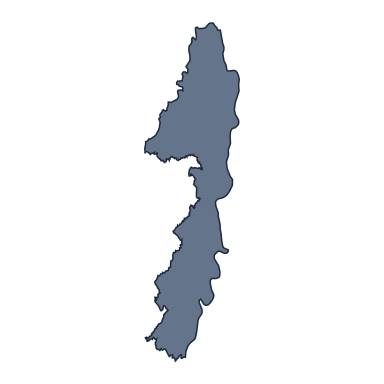 outline of La Dorada, Caldas, Colombia
{"feature_id": "7082276B85380105057389", "entity_name": "La Dorada", "entity_type": "district", "adm_level": 2, "iso_a3": "COL", "parent_name": "Colombia", "parent_adm1": "Caldas", "projection": "equal_earth", "projection_center": [-74.751, 5.53], "detail": "fine", "context": "isolated", "style": "filled", "palette": "slate", "viewbox_px": 384, "rotation_deg": 0, "n_neighbors": 0, "source": "geoboundaries", "source_scale": "gbopen_adm2", "svg_char_len": 6058}
<svg xmlns="http://www.w3.org/2000/svg" viewBox="0 0 384 384"><path d="M183.0,76.1L182.1,80.8L177.5,81.2L176.6,82.7L176.8,84.4L178.4,84.7L179.2,86.1L182.5,87.1L183.0,88.5L182.5,89.9L182.7,90.8L181.0,89.9L179.3,90.3L178.6,90.1L177.9,90.6L177.6,91.3L177.7,92.7L178.6,95.9L178.3,97.4L177.8,98.4L176.9,99.4L170.9,102.5L169.2,102.0L168.2,102.2L168.2,105.1L166.8,108.9L166.8,110.4L165.7,111.0L165.6,110.7L164.5,110.7L163.5,109.7L162.4,110.3L162.0,111.9L159.9,114.5L160.2,117.8L158.8,118.7L160.1,122.3L159.4,127.5L158.4,130.3L156.1,134.6L155.3,135.6L150.6,138.9L148.9,138.9L147.5,141.0L145.6,141.7L145.6,144.4L144.9,147.8L145.1,148.5L144.7,149.2L145.1,151.4L144.8,153.3L145.7,151.8L146.4,151.7L148.1,152.1L149.0,153.1L149.4,153.0L150.2,154.5L151.7,153.3L153.6,153.3L154.2,152.7L154.0,153.6L154.3,154.2L156.4,154.0L156.7,152.9L157.2,153.0L157.1,156.2L158.3,157.7L159.8,159.2L160.5,159.3L161.2,160.9L163.0,160.4L163.4,160.7L163.5,161.6L164.6,162.5L166.3,161.3L166.4,159.9L166.8,159.7L166.4,159.1L166.6,158.8L168.2,159.6L168.7,159.4L169.2,160.3L169.3,158.7L170.0,158.9L170.1,158.0L171.8,156.4L172.6,157.3L173.5,157.4L174.4,158.5L174.9,158.0L176.3,158.1L176.1,158.8L176.8,159.8L178.4,160.5L179.2,159.3L180.2,159.5L180.7,159.1L180.9,158.0L182.5,158.2L184.0,157.2L184.8,157.9L186.0,156.1L186.7,156.9L186.7,156.1L187.5,156.4L188.1,155.4L189.0,155.3L189.4,154.9L190.1,155.0L190.4,155.5L191.0,154.6L192.8,155.5L193.5,154.7L193.8,155.8L197.5,157.5L196.9,160.0L197.4,160.4L198.1,162.3L198.9,161.8L199.6,162.3L199.2,163.0L199.6,163.0L199.7,163.9L201.1,164.9L200.7,166.3L201.3,167.5L201.7,168.1L202.3,168.1L202.0,169.7L200.7,169.2L199.9,168.1L199.0,167.8L198.8,168.3L197.8,168.4L194.6,167.6L193.1,168.3L191.4,167.2L190.6,167.7L190.5,168.6L189.5,169.4L188.7,174.3L189.2,175.6L189.0,176.6L189.7,175.6L190.1,175.6L191.0,174.1L191.3,174.3L191.4,175.5L192.4,175.0L193.1,175.4L194.4,177.9L195.6,179.1L194.1,181.1L194.5,181.7L193.6,184.4L196.7,187.7L196.4,193.6L196.5,197.0L197.5,198.1L199.0,197.9L198.6,198.7L199.8,199.0L199.2,199.3L199.4,200.4L198.7,201.0L197.6,200.9L197.2,202.2L195.5,203.5L195.0,205.2L194.3,205.6L194.7,206.0L194.3,206.7L194.7,207.4L193.9,208.3L192.0,205.4L190.8,205.2L191.0,206.0L189.9,206.7L189.7,207.6L189.7,209.0L190.3,209.5L190.4,210.5L189.6,212.0L189.7,212.6L189.2,212.9L189.7,214.0L189.6,214.7L189.1,214.6L189.4,215.9L187.8,216.4L187.2,217.7L186.5,217.6L185.5,219.0L184.7,218.2L184.3,218.3L183.9,221.0L183.1,220.9L182.9,221.6L182.5,221.1L180.9,224.0L179.7,224.2L179.6,225.1L178.1,225.7L177.6,225.2L177.3,227.0L176.1,227.4L174.6,230.1L173.1,231.3L173.7,233.0L175.1,233.3L175.8,234.4L177.6,235.6L178.7,237.8L179.5,238.0L179.6,239.0L180.4,240.2L181.2,240.2L181.9,239.5L181.8,241.7L181.5,242.2L182.1,244.6L180.6,244.7L180.1,245.2L180.9,246.4L180.9,247.4L180.6,247.9L179.7,247.8L179.6,249.7L179.0,250.5L177.9,250.5L176.9,251.1L175.6,250.5L175.3,252.6L173.5,252.5L172.8,255.1L172.9,259.2L171.9,260.8L170.8,261.0L170.5,265.4L170.7,266.6L170.3,267.3L169.4,267.3L168.8,267.8L168.3,270.4L165.6,271.2L164.7,272.6L163.7,273.1L162.7,272.4L162.3,273.5L160.9,273.8L159.7,275.6L158.5,275.9L158.0,275.6L156.7,279.5L154.8,281.7L154.9,282.8L155.6,284.5L157.1,286.4L157.6,288.0L159.2,289.7L159.2,292.1L160.1,293.0L158.1,294.2L157.9,295.0L158.2,296.9L157.1,297.4L155.0,297.3L155.3,298.0L155.1,298.6L156.7,299.0L156.5,300.2L155.5,299.9L154.8,300.4L155.3,302.0L158.7,306.0L160.3,309.8L161.1,310.8L162.8,309.7L163.4,306.2L163.9,305.7L165.2,306.5L166.1,308.5L167.5,309.4L167.9,310.3L167.5,310.4L167.5,311.1L166.9,311.3L163.8,314.6L163.6,317.5L162.6,319.0L161.7,322.1L160.5,323.4L159.1,323.7L158.1,324.7L158.1,325.4L157.4,325.9L157.4,326.5L156.3,327.1L156.1,328.6L155.4,328.6L154.8,329.2L154.2,331.3L153.2,331.8L152.8,333.1L152.1,333.2L152.0,334.1L151.5,334.0L151.5,335.2L150.8,336.1L149.7,336.2L148.1,338.2L146.7,337.2L145.4,337.7L145.8,338.7L146.4,338.8L146.8,339.4L147.1,341.2L148.0,341.2L148.6,340.5L149.5,340.4L150.1,339.2L150.9,338.9L151.8,338.8L152.4,339.3L152.7,338.0L153.6,337.4L154.6,339.0L155.5,339.2L156.6,338.8L156.2,339.5L156.3,340.7L155.7,342.4L155.4,342.4L155.3,343.8L155.4,344.7L156.2,345.8L155.9,347.1L156.3,348.4L157.3,349.5L158.5,349.3L159.9,350.5L161.1,348.6L162.3,350.2L164.5,349.0L165.1,349.1L165.9,350.1L169.2,356.5L169.6,356.6L170.8,354.9L172.8,355.2L173.0,356.0L172.4,356.3L172.1,357.2L172.3,357.9L174.0,357.9L174.7,358.3L175.3,361.0L176.7,359.6L177.1,358.4L178.4,357.9L178.9,356.4L180.9,354.6L181.6,355.2L180.9,357.5L181.2,358.2L181.9,358.4L184.0,356.9L185.4,357.4L185.8,351.9L187.7,346.4L189.7,343.5L194.3,339.6L195.3,338.3L196.6,332.1L198.1,320.1L199.1,317.6L201.7,313.8L202.1,312.4L202.0,309.4L199.2,302.5L199.1,301.3L199.6,299.9L200.7,299.1L203.9,304.3L205.5,305.2L206.6,305.3L208.3,304.7L210.2,302.9L212.3,300.0L213.5,297.4L213.8,294.9L211.5,289.6L210.3,283.3L210.3,280.4L211.5,278.5L215.7,278.5L218.8,277.5L219.5,276.5L219.9,274.2L219.8,271.1L218.5,265.5L214.3,258.8L214.2,256.0L214.7,254.5L218.0,251.3L220.0,251.2L223.4,252.9L225.6,253.4L227.4,252.7L228.2,251.4L228.1,249.6L225.8,249.0L223.6,247.7L222.6,245.7L221.7,240.4L221.1,233.8L220.2,229.2L220.0,223.9L218.4,216.8L218.2,212.7L215.9,206.2L215.5,202.6L215.9,201.0L217.8,199.0L223.2,197.6L226.6,195.3L229.5,191.3L232.4,185.3L232.5,179.6L230.1,176.1L227.1,168.3L226.4,161.8L228.5,155.0L228.3,149.7L230.5,143.5L230.1,136.1L230.6,131.4L231.9,129.0L233.4,128.1L235.0,127.8L237.1,125.9L238.2,124.7L238.8,122.5L238.4,119.7L235.3,114.3L234.4,109.8L235.2,102.8L239.0,91.1L238.6,84.4L239.3,79.4L238.4,75.7L237.2,72.7L235.8,71.0L234.0,70.4L228.3,71.1L226.9,70.2L226.0,64.9L224.0,60.8L223.0,54.9L222.9,53.0L223.9,49.9L223.9,46.9L222.7,43.4L220.3,30.1L217.7,30.2L216.7,27.5L215.3,26.3L213.1,23.0L209.7,23.2L208.4,24.2L205.6,27.5L203.6,28.3L198.9,28.6L197.1,27.1L195.5,27.9L195.5,30.6L196.4,37.0L196.1,38.8L195.6,39.7L195.1,39.7L193.2,37.3L192.4,37.5L191.8,38.8L191.9,41.5L191.4,43.3L189.3,45.9L189.0,46.9L188.8,50.4L190.0,56.1L189.9,60.7L186.0,66.7L186.4,67.6L187.9,68.9L187.8,72.3L186.9,73.4L185.6,72.0L183.5,71.9L182.2,73.5L182.1,74.2L183.0,76.1Z" fill="#64748b" stroke="#1e293b" stroke-width="1.5"/></svg>